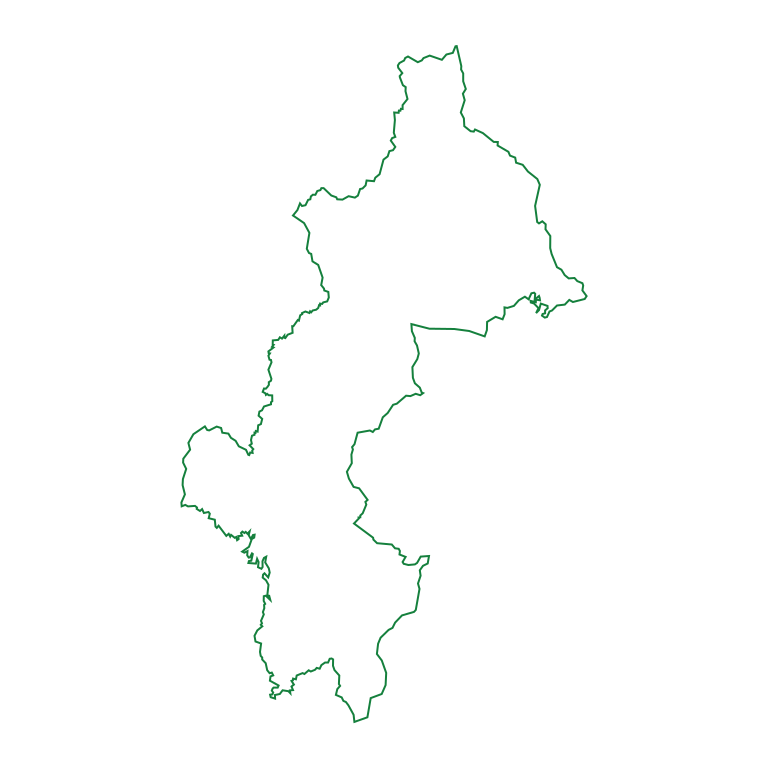 outline of Mushindano, North-Western, Zambia
{"feature_id": "96606910B46264133370016", "entity_name": "Mushindano", "entity_type": "district", "adm_level": 2, "iso_a3": "ZMB", "parent_name": "Zambia", "parent_adm1": "North-Western", "projection": "natural_earth1", "projection_center": [26.828, -12.5], "detail": "fine", "context": "isolated", "style": "outline", "palette": "green", "viewbox_px": 768, "rotation_deg": 0, "n_neighbors": 0, "source": "geoboundaries", "source_scale": "gbopen_adm2", "svg_char_len": 6099}
<svg xmlns="http://www.w3.org/2000/svg" viewBox="0 0 768 768"><path d="M584.7,299.0L586.6,296.1L582.4,290.4L583.2,285.5L582.4,283.2L577.3,281.1L574.5,278.0L568.7,278.4L564.7,275.1L561.4,269.7L557.0,267.2L551.6,253.9L550.2,248.1L550.3,236.0L545.5,229.3L545.7,224.3L542.3,221.3L539.0,223.4L537.2,222.0L535.1,205.9L539.8,184.8L537.3,179.0L527.9,171.5L522.7,164.8L516.1,162.7L515.2,157.6L510.0,155.6L508.4,151.8L497.6,145.5L497.8,142.0L493.7,141.9L482.9,133.1L475.0,129.5L473.8,131.6L470.6,131.2L464.3,126.2L463.9,118.4L460.8,112.5L464.7,100.2L462.9,93.7L465.8,89.0L463.2,81.3L463.2,73.4L461.1,69.5L461.3,66.1L456.7,46.1L455.5,46.3L452.8,52.9L446.4,54.5L441.9,59.8L429.7,55.6L423.5,58.1L421.8,60.4L417.8,62.2L408.0,56.5L405.2,58.0L404.1,60.5L399.5,63.0L397.9,65.4L398.2,67.7L402.3,73.1L399.7,76.1L399.9,77.4L402.9,85.2L405.7,87.1L405.5,91.2L407.5,99.0L402.6,105.1L402.6,109.0L400.9,108.8L400.4,110.7L398.9,110.6L398.6,112.8L394.2,112.5L394.9,120.0L393.8,132.8L395.3,136.9L392.1,138.1L390.8,140.6L395.3,146.9L393.0,150.2L389.4,151.1L387.7,156.4L383.5,159.6L379.6,174.2L375.3,177.7L374.0,181.2L366.6,180.5L365.6,185.4L362.5,188.5L360.1,189.0L357.9,195.6L354.9,197.6L348.6,196.2L342.5,199.6L337.2,199.3L336.3,197.3L331.3,195.5L323.6,188.1L321.4,188.1L320.4,190.1L317.3,191.0L315.4,194.8L312.9,194.7L310.9,196.4L310.3,199.3L308.1,199.9L305.5,205.2L302.0,206.0L300.0,203.4L297.4,210.1L293.0,215.5L304.1,223.1L309.4,232.9L306.8,248.8L309.0,253.0L311.2,253.9L312.5,261.4L318.2,264.9L322.6,277.6L321.2,285.1L324.0,288.6L324.3,290.5L328.3,291.9L328.8,297.5L327.2,301.4L323.2,302.4L322.2,303.9L320.1,303.6L320.1,305.4L319.1,305.1L318.2,308.0L316.2,309.7L312.7,310.5L311.2,312.3L310.1,311.3L309.4,313.0L305.4,311.5L302.0,313.1L302.2,314.1L300.2,315.3L298.9,320.6L297.8,320.0L293.4,326.2L292.2,326.2L292.6,332.8L287.7,334.7L285.3,338.1L284.3,337.7L284.3,335.7L282.0,338.6L279.9,337.3L278.2,339.9L272.8,340.4L272.7,344.7L273.6,344.9L272.0,346.9L273.5,347.5L268.4,351.4L268.7,353.2L269.9,353.4L268.4,355.7L269.5,359.7L271.0,360.0L271.5,362.3L268.4,369.7L271.4,378.8L271.0,380.7L268.8,382.2L268.9,384.8L267.4,387.0L265.8,388.7L264.0,388.5L262.7,391.9L265.4,393.3L265.9,394.9L267.2,393.9L268.6,395.2L272.2,395.4L272.3,401.2L271.0,402.2L271.0,404.3L264.0,406.5L262.0,410.3L259.4,411.6L258.6,415.7L262.2,418.9L260.9,424.1L258.2,425.3L257.6,431.6L255.8,431.0L255.5,432.9L254.5,432.7L254.5,434.8L252.0,435.7L251.0,440.0L251.8,443.7L249.6,445.3L253.3,449.1L252.2,450.6L252.6,452.9L250.2,452.5L249.2,455.1L248.3,454.8L246.0,449.8L238.8,446.3L235.6,440.8L230.9,437.8L228.4,433.6L222.3,432.7L221.1,428.0L216.7,426.6L209.2,430.4L207.2,430.0L204.9,426.4L193.4,434.2L188.4,442.9L190.1,449.7L183.3,458.7L183.1,462.6L186.2,468.9L182.9,479.1L182.6,485.1L184.9,494.4L181.4,502.5L181.7,506.3L185.3,504.9L188.0,506.4L195.0,505.9L197.0,507.5L196.7,508.9L200.0,511.0L202.1,509.1L203.9,513.0L208.5,512.0L209.8,513.7L208.7,518.2L214.8,519.7L215.5,526.6L216.8,527.9L218.6,525.7L226.3,535.9L228.7,533.8L230.2,536.6L231.1,534.9L234.7,537.8L236.2,537.0L237.1,540.2L238.6,539.1L238.3,536.1L242.2,535.7L241.0,533.0L242.4,531.6L244.4,533.0L245.7,531.9L247.4,533.7L249.6,531.4L248.7,535.2L250.9,539.0L253.0,535.0L254.6,534.7L254.2,537.6L251.8,539.0L249.0,546.8L242.2,551.6L244.3,552.7L247.5,551.1L247.2,555.3L248.7,557.6L249.9,557.4L252.0,553.4L252.8,554.0L251.3,560.7L248.9,561.1L248.4,563.0L255.9,563.6L257.1,558.8L258.6,562.1L258.0,567.2L261.4,568.8L262.6,567.0L262.5,561.2L264.0,557.9L266.2,556.7L265.2,562.4L268.8,568.3L269.7,572.6L268.2,577.4L264.5,573.3L263.1,574.6L262.7,577.6L266.0,580.3L268.5,584.8L267.3,595.3L269.2,595.8L270.3,600.0L265.8,595.7L263.8,596.2L263.7,600.9L265.2,603.9L264.1,604.9L264.3,608.2L262.9,612.1L263.8,614.4L261.0,620.9L262.0,623.3L260.8,624.8L262.3,626.3L257.3,630.4L254.5,635.8L255.5,641.5L261.1,643.5L260.0,651.9L260.7,655.9L262.2,657.5L262.2,659.5L265.7,663.2L267.2,670.2L269.6,673.2L271.8,672.6L273.2,675.4L270.5,676.4L269.9,680.7L278.6,685.5L277.7,687.6L273.6,687.6L272.6,688.6L271.8,690.6L273.2,692.6L272.3,694.4L270.1,694.7L270.7,697.2L275.1,698.6L274.9,695.0L279.8,694.0L282.6,690.3L288.4,691.2L290.3,693.2L289.9,690.4L293.0,690.1L291.5,686.5L293.9,684.6L291.5,680.9L292.9,680.3L293.1,678.6L295.9,679.3L296.7,675.5L302.6,673.1L304.4,674.0L308.7,670.3L310.8,671.5L315.0,669.8L316.7,667.9L319.7,668.7L321.4,665.1L325.1,662.5L328.1,662.5L329.7,658.8L331.6,658.5L333.1,659.4L333.0,665.8L334.5,670.1L339.3,675.5L338.9,684.0L340.1,685.9L337.3,689.1L335.9,694.9L341.7,697.4L343.4,700.9L345.9,702.0L348.4,705.3L353.6,714.8L354.4,721.9L367.4,717.3L370.7,698.1L381.7,694.0L385.6,685.1L386.2,672.9L381.8,660.5L376.9,654.0L378.1,643.7L380.6,637.7L388.6,629.9L392.5,627.9L395.1,622.6L402.0,615.4L414.0,611.9L415.8,609.9L419.5,588.9L418.0,583.5L420.6,575.7L419.8,570.3L423.0,565.8L427.7,563.5L429.0,556.0L420.7,556.6L417.1,562.9L414.9,564.4L408.4,565.0L403.7,563.8L402.6,562.0L405.6,556.9L399.5,554.5L399.9,551.0L398.7,548.8L395.0,548.3L391.8,544.5L377.1,543.2L373.4,539.6L373.1,537.7L354.0,523.5L358.9,518.4L358.6,517.5L360.3,517.3L360.3,515.5L362.7,513.3L366.3,504.6L365.4,501.9L367.6,499.9L359.1,488.3L353.6,486.9L348.9,478.6L346.9,471.8L351.8,463.2L351.4,454.6L352.9,449.5L352.1,447.1L354.5,444.2L357.6,432.7L369.9,430.5L372.8,432.0L375.0,429.4L378.7,428.7L382.8,417.3L387.7,413.0L393.1,404.8L396.8,403.7L406.1,395.7L410.4,396.1L415.7,393.8L420.2,395.2L423.1,393.1L421.7,392.5L419.8,387.6L414.9,383.3L412.9,377.8L412.4,367.1L417.3,359.1L418.8,353.5L417.0,345.5L414.6,341.3L414.8,337.9L411.9,331.2L411.4,324.1L429.4,328.7L454.3,329.0L469.2,331.0L484.7,336.4L486.9,330.1L487.1,321.9L495.6,316.8L502.6,319.3L504.6,314.2L504.5,307.4L507.4,307.9L513.9,305.9L518.8,300.3L524.9,296.7L528.6,299.3L531.4,293.3L534.1,292.7L535.2,293.8L534.7,299.5L539.0,296.0L539.6,297.7L540.0,300.3L535.9,299.6L535.8,302.2L530.6,300.9L530.8,302.5L534.0,303.5L538.5,308.1L536.1,313.1L539.0,310.1L540.8,303.6L547.5,305.9L547.7,308.2L545.1,310.4L545.1,313.3L542.6,314.0L542.0,315.6L544.8,317.6L547.0,317.0L549.5,311.5L552.0,310.5L557.0,305.5L564.8,304.6L569.3,299.9L572.9,302.0L584.7,299.0Z" fill="none" stroke="#15803d" stroke-width="2"/></svg>